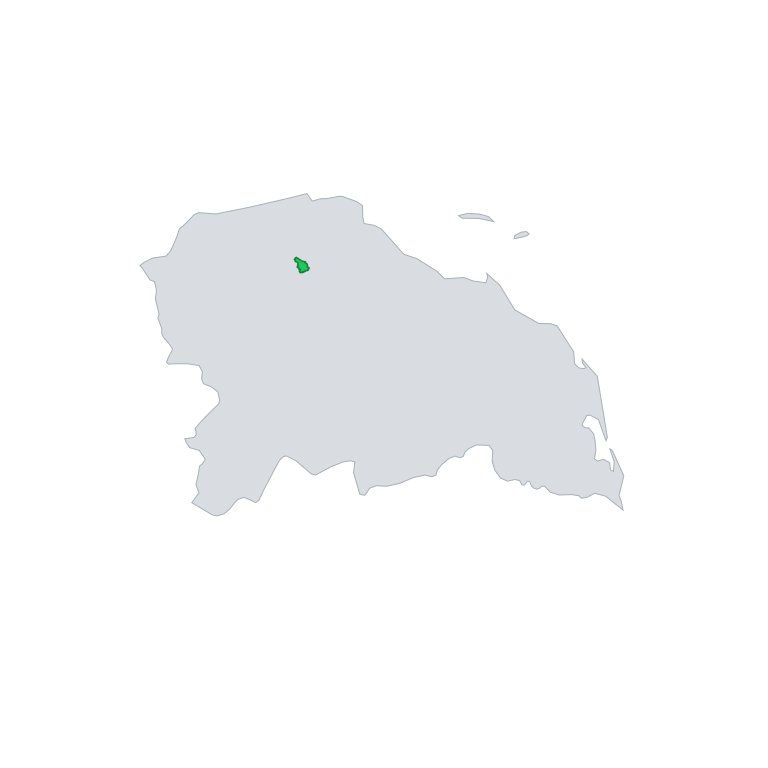 Santa Rita, Yoro, Honduras (highlighted), rotated 34°
{"feature_id": "27666195B22106740094375", "entity_name": "Santa Rita", "entity_type": "district", "adm_level": 2, "iso_a3": "HND", "parent_name": "Honduras", "parent_adm1": "Yoro", "projection": "equal_earth", "projection_center": [-87.807, 15.185], "detail": "fine", "context": "in_parent", "style": "filled", "palette": "green", "viewbox_px": 768, "rotation_deg": 34, "n_neighbors": 0, "source": "geoboundaries", "source_scale": "gbopen_adm2", "svg_char_len": 4914}
<svg xmlns="http://www.w3.org/2000/svg" viewBox="0 0 768 768"><g transform="rotate(34 384 384)"><path d="M652.7,354.9L630.4,353.1L619.9,356.7L615.4,364.8L611.4,368.4L608.1,367.6L601.4,370.8L591.4,378.0L582.3,380.7L574.2,379.0L571.9,380.7L571.3,383.1L570.0,385.4L566.9,386.6L563.3,386.0L559.2,383.4L557.1,384.5L556.9,389.2L554.7,390.5L550.5,388.2L545.9,390.0L540.7,395.5L533.4,396.8L524.0,393.5L516.7,387.4L511.6,378.5L505.4,376.2L494.6,382.9L490.1,390.7L489.2,395.4L490.2,399.7L488.3,402.6L483.2,404.1L479.5,409.4L476.9,418.5L476.4,425.6L478.0,430.6L475.5,434.2L468.9,436.6L461.2,444.5L452.3,457.9L443.4,467.3L434.5,472.7L430.3,478.6L430.6,485.1L430.1,487.1L428.4,487.9L425.5,488.8L408.4,474.6L403.4,464.8L399.2,466.3L393.8,471.3L386.3,482.4L378.2,497.5L374.3,499.2L354.0,496.9L343.3,498.2L341.1,500.3L340.1,505.8L340.7,513.2L343.7,539.9L345.4,550.8L343.8,554.2L338.3,554.8L331.3,556.3L327.4,561.3L326.5,566.5L326.1,573.7L323.9,581.2L319.5,586.6L315.2,588.5L291.0,589.9L291.4,577.6L284.4,572.6L280.4,562.3L277.0,555.3L278.1,551.2L277.8,546.2L267.9,542.4L258.7,545.4L253.4,543.4L249.5,540.8L256.2,534.7L256.7,531.0L254.5,528.3L252.3,526.5L253.0,519.6L254.3,511.5L258.1,492.5L256.7,489.2L250.6,483.5L242.8,482.9L234.2,484.7L230.0,481.8L226.4,475.2L220.3,472.1L209.4,477.3L197.9,485.2L194.4,488.0L191.5,487.6L190.2,481.8L189.6,474.8L188.9,473.1L182.8,470.6L175.6,468.8L172.0,466.9L168.6,462.2L160.0,456.1L158.1,451.5L146.7,441.1L144.4,436.0L141.7,432.2L136.3,427.4L132.0,428.6L117.5,422.6L115.3,422.1L117.3,416.9L121.9,408.8L131.9,399.8L132.7,392.6L130.1,378.7L127.6,369.6L129.0,365.6L132.1,349.4L134.5,345.6L148.9,337.4L150.3,336.3L161.6,324.8L174.2,312.1L187.3,298.0L201.9,282.4L210.0,273.2L213.7,269.2L222.1,272.5L228.7,265.1L232.6,262.6L241.5,253.7L244.3,251.8L259.2,248.1L266.5,248.2L272.8,257.2L277.8,262.1L287.3,257.9L295.2,257.0L327.9,265.4L340.9,261.7L364.8,260.9L375.5,262.9L390.6,251.1L400.4,248.7L411.8,243.2L410.2,237.5L407.5,234.9L424.9,237.4L450.9,249.4L478.5,247.3L488.5,240.8L494.9,238.9L523.3,251.3L530.8,260.7L536.6,261.7L541.1,259.5L542.3,257.6L536.8,255.5L534.2,252.5L556.6,258.4L598.9,303.2L599.8,306.9L581.7,293.6L572.2,294.6L569.8,296.7L570.4,304.0L571.2,307.4L575.3,307.8L578.3,305.8L585.8,308.2L590.7,313.0L596.7,320.4L600.3,328.4L604.2,328.5L607.9,323.7L615.1,323.1L619.8,328.5L623.1,328.2L618.4,319.8L607.5,311.5L610.1,311.2L634.2,326.1L641.1,344.9L646.8,349.1L652.7,354.9ZM369.9,193.8L356.0,202.9L351.7,202.7L358.0,195.7L368.3,189.7L376.9,186.8L384.0,188.0L369.9,193.8ZM417.2,184.2L410.6,190.9L409.4,187.9L412.6,181.6L416.6,178.1L420.4,178.4L419.5,181.1L417.2,184.2Z" fill="#d9dde1" stroke="#a8b0b8" stroke-width="1"/><path d="M241.6,331.6L242.0,331.9L242.0,332.0L242.3,332.0L242.5,332.0L242.6,331.9L242.8,331.8L243.0,331.7L243.3,331.7L243.5,331.6L243.9,331.6L244.1,331.6L244.4,331.6L244.8,331.7L245.0,331.8L245.2,332.0L245.3,332.5L245.4,332.8L245.5,333.0L245.8,333.3L246.0,333.5L246.3,333.5L246.5,333.6L246.5,333.8L246.6,334.0L246.6,334.3L246.5,334.5L246.4,334.6L246.4,334.8L246.3,335.0L246.5,335.3L246.9,335.7L247.0,335.8L247.3,335.8L247.4,335.7L247.5,335.6L247.8,335.6L248.0,335.7L248.5,335.5L248.6,335.4L248.8,335.4L249.0,335.4L249.3,335.5L249.3,335.8L249.3,336.2L249.4,336.3L249.4,336.5L249.5,336.6L249.8,336.5L249.9,336.4L249.9,336.2L250.0,336.1L250.2,335.9L250.3,335.9L250.5,335.9L250.8,336.1L250.9,336.3L251.0,336.6L251.1,336.8L251.1,337.0L251.1,337.4L251.1,337.5L250.9,337.6L250.8,337.8L250.9,338.0L251.0,338.0L251.5,338.1L251.8,338.2L251.9,338.3L252.0,338.5L252.4,338.4L252.5,338.4L252.7,338.1L252.8,338.1L253.0,338.0L253.1,337.9L253.3,337.7L253.4,337.8L253.6,337.6L253.6,337.4L253.6,337.2L253.7,336.8L253.7,336.7L253.8,336.7L254.1,336.8L254.4,336.9L254.5,336.8L254.5,336.6L254.5,336.4L254.4,336.2L254.4,335.9L254.5,335.7L254.8,335.6L254.9,335.4L254.9,335.2L255.0,335.2L255.3,335.2L255.5,335.2L255.6,334.9L255.7,334.7L255.8,334.4L255.8,334.1L255.8,333.8L255.9,333.7L256.0,333.6L256.4,333.3L256.6,333.2L256.8,333.1L256.9,332.9L256.9,332.7L257.0,332.6L256.9,332.6L256.8,332.4L256.8,332.1L256.7,331.9L256.8,331.7L257.0,331.5L257.1,331.4L257.1,331.2L257.2,330.9L256.9,330.8L256.9,330.7L256.9,330.3L257.0,330.2L257.2,329.8L257.2,329.7L255.4,329.7L255.2,329.6L255.1,329.4L254.9,329.2L254.7,329.3L254.7,329.2L254.5,328.9L254.5,328.7L254.4,328.6L254.1,328.4L253.9,328.3L253.6,328.2L253.5,327.9L253.4,327.9L253.3,327.7L253.2,327.7L252.9,327.5L252.8,327.4L252.7,327.4L252.4,327.4L252.2,327.3L251.9,327.4L251.8,327.5L251.7,327.5L251.6,327.4L251.4,327.5L251.2,327.6L250.9,327.7L250.7,327.6L250.6,327.4L250.4,327.0L250.3,326.9L250.3,326.7L247.5,327.9L240.5,328.1L240.5,328.4L240.4,328.5L240.3,328.8L240.2,328.8L240.0,329.0L240.0,329.3L240.2,329.5L240.4,329.6L240.5,329.6L240.6,329.8L240.6,330.0L240.4,330.1L240.2,330.3L240.0,330.5L240.0,330.8L240.3,330.9L240.6,330.9L241.0,331.0L241.3,331.2L241.4,331.3L241.6,331.5L241.6,331.6Z" fill="#22c55e" stroke="#15803d" stroke-width="1.5"/></g></svg>